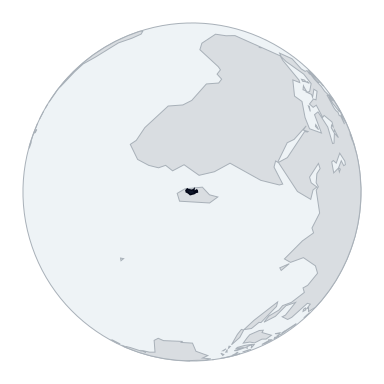 the Earth from above Menabe, rotated 74°
{"feature_id": "MDG-5878", "entity_name": "Menabe", "entity_type": "Autonomous Province", "adm_level": 1, "iso_a3": "MDG", "parent_name": "Madagascar", "parent_adm1": "", "projection": "orthographic", "projection_center": [45.071, -20.047], "detail": "fine", "context": "on_globe", "style": "filled", "palette": "ink", "viewbox_px": 384, "rotation_deg": 74, "n_neighbors": 0, "source": "natural_earth", "source_scale": "10m", "svg_char_len": 7605}
<svg xmlns="http://www.w3.org/2000/svg" viewBox="0 0 384 384"><g transform="rotate(74 192 192)"><circle cx="192" cy="192" r="169" fill="#eef3f6" stroke="#a8b0b8"/><path d="M23.1,197.7L23.9,195.0L26.2,197.4L27.6,207.1L28.4,221.7L35.7,247.6L38.9,261.3L44.1,271.7L54.3,289.0L55.6,291.8L59.8,296.8L64.3,302.4L66.2,304.7L57.8,294.7L50.3,284.0L43.6,272.7L37.8,261.0L32.9,248.9L29.0,236.4L26.0,223.7L24.1,210.7L23.1,197.7ZM67.8,306.5L70.7,309.6L71.2,310.1L67.8,306.5ZM73.4,312.3L74.0,312.9L79.8,318.3L73.4,312.3ZM83.2,321.3L86.8,324.1L94.5,329.9L97.2,331.6L98.0,332.3L100.3,333.9L102.4,335.2L102.4,335.3L92.6,328.6L83.2,321.3ZM103.3,335.8L103.0,335.5L98.1,332.3L100.3,333.1L104.3,335.9L103.4,335.9L103.3,335.8ZM91.8,326.8L88.9,324.1L89.6,324.3L91.7,326.3L91.8,326.8ZM181.2,23.4L187.5,23.3L184.0,23.6L178.2,23.8L181.6,24.2L182.2,23.9L185.1,23.9L188.5,23.4L190.7,23.4L190.3,23.1L193.3,23.1L193.5,23.3L201.2,23.3L208.0,23.8L208.7,23.9L208.4,23.8L214.6,24.6L217.1,24.9L221.8,25.7L222.0,25.8L223.4,26.0L223.8,26.1L235.5,28.7L247.1,32.3L258.3,36.6L269.2,41.7L279.8,47.6L289.8,54.3L299.4,61.6L308.4,69.6L316.9,78.2L324.7,87.4L325.2,88.1L332.0,97.4L336.8,105.1L339.1,113.0L335.4,111.9L336.0,114.2L332.4,109.2L330.8,111.8L340.0,130.7L340.9,135.2L336.8,139.7L336.1,136.1L326.7,122.9L327.2,133.0L334.5,146.1L337.0,158.7L332.4,152.3L329.5,141.1L326.2,136.2L325.5,126.9L319.5,111.7L314.8,111.7L313.6,106.5L304.7,93.7L297.0,93.7L285.8,103.0L286.8,116.7L281.8,121.6L269.4,99.3L264.8,86.4L259.7,86.6L247.4,75.1L224.5,72.1L221.8,69.1L217.3,70.1L208.8,66.9L204.8,62.4L199.4,62.6L210.1,74.9L216.0,74.9L221.6,70.6L223.4,75.1L231.8,79.9L220.6,90.5L187.4,100.8L185.2,90.8L165.0,67.1L166.1,64.5L166.1,64.2L165.9,63.7L163.1,68.0L159.9,64.0L169.6,79.4L170.9,86.9L187.0,101.4L185.2,103.1L190.7,106.3L209.4,102.6L209.3,106.1L199.8,122.6L174.8,147.5L178.7,164.9L177.9,180.6L163.6,192.1L166.3,204.8L159.1,210.0L159.5,217.5L154.5,226.2L145.7,235.3L129.2,238.2L127.0,231.3L117.1,219.6L102.8,191.2L105.8,176.8L103.9,167.0L92.1,148.4L94.6,136.3L91.7,132.4L85.6,135.4L82.4,131.0L78.8,132.2L57.4,145.2L51.7,141.5L46.8,125.9L51.2,116.2L53.5,107.6L85.4,69.7L90.6,68.4L113.9,58.3L116.5,58.3L112.0,64.2L128.1,67.0L135.3,61.3L151.6,62.8L163.6,61.6L171.0,51.3L151.4,52.9L149.7,48.8L166.9,43.6L184.2,43.5L184.2,42.0L174.6,38.9L180.1,36.3L171.5,37.9L173.9,39.1L168.6,40.4L166.1,39.4L168.1,38.3L163.3,38.1L154.8,43.9L156.3,45.8L142.8,48.6L144.0,52.2L139.8,54.8L136.1,49.6L137.6,47.4L129.6,44.0L126.8,46.5L134.2,50.0L131.2,50.2L127.5,54.4L128.0,51.3L120.7,47.6L109.5,52.1L92.5,65.6L86.5,69.0L82.7,69.5L91.5,59.1L103.9,53.0L107.2,50.0L107.0,48.0L110.8,46.6L112.2,45.3L117.1,43.4L126.3,38.6L131.6,36.8L137.4,33.4L140.9,32.3L136.5,34.5L136.3,35.4L149.8,32.5L153.1,31.4L155.7,29.7L159.1,29.4L160.0,28.1L168.8,26.7L158.7,27.6L161.6,26.4L168.1,25.1L167.2,25.0L156.6,27.3L154.0,28.2L154.7,28.5L146.0,32.1L140.9,33.5L143.1,31.1L136.1,33.2L140.9,31.1L154.6,27.2L167.8,24.8L181.2,23.4ZM72.7,85.4L71.3,88.0L72.7,85.4ZM201.6,49.4L212.7,50.5L209.4,44.7L213.4,44.8L210.9,43.1L209.1,44.4L203.1,39.9L208.5,38.9L208.0,37.0L204.3,36.6L195.4,39.3L204.0,45.4L200.7,47.5L201.6,49.4ZM115.2,41.7L116.1,41.4L113.1,43.2L106.4,46.7L110.7,44.1L115.2,41.7ZM118.2,40.8L122.2,38.2L126.6,36.3L123.4,37.7L125.9,36.8L121.5,38.8L121.7,40.2L119.1,41.9L108.1,46.7L113.1,44.0L111.9,44.2L118.2,40.8ZM120.6,55.6L122.8,55.2L126.5,54.2L124.3,57.1L120.6,55.6ZM115.4,53.0L117.5,52.1L116.1,55.1L113.8,55.7L115.4,53.0ZM119.9,49.3L117.8,51.8L117.6,50.8L119.9,49.3ZM138.6,33.8L141.1,33.1L140.9,33.4L139.0,34.3L138.6,33.8ZM167.0,53.2L162.9,55.3L161.3,54.5L163.1,53.9L167.0,53.2ZM142.0,55.6L147.2,56.1L141.3,56.4L142.0,55.6ZM237.2,276.1L238.5,279.2L235.8,278.9L237.2,276.1ZM207.4,178.1L197.4,206.5L189.2,206.6L187.0,198.0L190.2,180.7L199.5,176.0L203.9,168.6L207.4,178.1ZM352.1,202.5L353.3,205.4L353.1,206.1L352.1,202.5ZM351.0,197.7L352.6,200.3L350.4,198.9L351.0,197.7ZM353.2,201.4L354.8,202.4L355.5,202.3L355.2,203.7L353.2,201.4ZM349.7,196.1L341.4,187.6L337.7,182.4L339.0,180.4L345.0,186.2L349.7,196.1ZM338.6,180.0L332.4,167.7L321.3,140.0L325.3,142.3L336.5,161.7L335.8,163.6L339.6,172.5L338.6,180.0ZM352.2,177.7L351.4,184.4L347.2,179.0L345.1,175.8L343.7,165.4L344.5,161.6L346.4,163.4L351.6,155.1L353.8,161.3L352.7,165.4L354.3,173.5L352.2,177.7ZM287.7,118.2L292.0,127.9L289.1,128.5L287.7,118.2ZM352.2,147.8L351.1,151.3L351.6,145.5L352.2,147.8ZM351.5,141.6L352.4,144.9L350.9,140.7L351.5,141.6ZM337.4,118.2L335.5,117.2L334.7,115.0L336.7,115.1L337.4,118.2ZM340.5,111.9L343.2,117.7L343.8,119.3L341.6,114.9L340.5,111.9ZM312.2,309.4L318.3,302.9L316.4,305.9L312.1,310.1L312.2,309.4ZM323.5,298.1L321.7,300.3L320.7,300.7L323.3,297.4L322.2,298.2L324.5,294.2L331.2,284.3L329.9,285.1L333.7,280.5L330.6,283.6L334.3,276.9L335.8,271.7L324.2,269.3L323.3,264.8L327.0,260.4L332.9,242.6L333.6,243.9L337.4,233.2L346.2,232.1L353.6,221.9L354.5,227.7L357.6,219.9L357.3,226.0L355.2,233.5L352.3,245.2L353.9,240.4L349.6,252.8L344.4,264.9L338.3,276.5L331.3,287.6L323.5,298.1ZM354.9,208.7L357.0,206.2L357.6,207.5L354.9,208.7ZM358.8,218.7L359.0,217.8L359.1,217.0L358.8,218.7ZM360.2,208.1L360.4,201.3L360.5,196.7L360.8,196.7L360.4,190.0L360.9,193.1L360.7,201.7L360.7,200.9L360.2,208.1ZM360.0,208.0L360.0,208.8L359.7,210.2L360.0,208.0ZM359.0,192.5L358.9,194.3L358.6,191.7L359.0,192.5ZM359.5,192.9L360.1,198.4L359.3,194.2L359.5,192.9ZM355.3,176.5L355.8,181.8L357.4,181.9L356.2,183.7L356.8,193.1L356.2,195.2L355.7,185.2L354.7,192.7L353.9,191.3L354.0,183.5L355.0,176.3L355.8,174.2L358.4,178.2L355.3,176.5ZM359.7,187.5L359.4,181.5L359.5,178.8L359.9,182.4L359.7,187.5ZM357.8,166.9L356.0,159.0L355.2,159.1L356.2,155.5L357.8,163.6L357.8,166.9ZM355.1,152.7L354.5,152.7L354.7,150.2L355.1,152.7ZM353.9,150.4L353.0,146.4L353.9,148.4L353.9,150.4ZM355.7,153.9L354.5,147.9L355.7,152.4L355.7,153.9ZM350.6,137.5L353.9,146.8L350.9,140.0L347.2,128.0L348.3,129.5L350.6,137.5Z" fill="#d9dde1" stroke="#a8b0b8" stroke-width="1"/><path d="M187.8,195.7L188.1,195.6L188.3,195.6L188.5,195.6L188.6,195.4L188.7,195.0L188.8,194.5L189.0,194.1L189.3,193.7L189.4,193.3L189.5,193.2L189.5,193.3L189.5,193.2L189.7,192.9L189.8,192.8L190.0,192.4L190.2,192.1L190.3,192.0L190.3,191.9L190.4,191.7L190.3,191.4L190.2,191.4L190.1,191.2L190.2,190.9L190.2,190.7L190.3,190.5L190.4,190.3L190.3,190.1L190.2,190.0L190.1,189.8L190.0,189.7L189.8,189.3L190.0,189.4L190.3,189.4L190.4,189.5L190.5,189.7L190.8,189.7L191.0,189.7L191.2,189.8L191.3,189.8L191.5,189.8L191.5,189.7L191.8,189.6L192.0,189.7L192.0,189.4L191.9,189.4L191.9,189.2L192.0,189.2L191.9,189.1L191.9,188.9L191.8,188.7L191.8,188.4L191.7,188.2L191.6,187.9L191.5,187.5L191.5,187.4L191.4,187.4L191.3,187.1L191.4,186.9L191.5,186.8L191.7,186.7L191.8,186.7L192.0,186.6L192.3,186.6L192.5,186.6L192.9,186.8L193.0,186.8L193.3,186.9L193.5,186.8L193.6,187.0L193.6,187.6L193.5,187.8L193.4,187.8L193.3,188.0L193.2,188.1L193.2,188.3L193.3,188.5L193.2,188.6L193.3,188.7L193.3,188.8L193.4,189.0L193.5,189.0L193.6,189.3L193.7,189.5L193.8,189.6L194.0,189.6L194.1,189.8L194.1,190.0L194.0,190.3L194.0,190.5L194.2,190.9L194.2,191.0L194.1,191.3L194.0,191.5L193.9,191.7L194.0,191.8L194.1,192.0L194.0,192.3L194.0,192.5L194.1,192.9L194.1,193.0L194.1,193.3L194.1,193.5L194.1,193.8L194.1,194.0L194.0,194.3L194.0,194.5L193.7,194.7L193.4,194.7L193.0,195.1L192.4,195.3L192.2,195.7L192.0,195.9L191.7,195.8L191.5,195.7L191.1,195.6L191.0,195.9L191.0,196.7L190.7,197.1L190.4,197.3L190.1,197.3L189.9,197.2L189.9,197.3L189.7,197.2L189.4,197.3L189.2,197.4L189.1,197.5L188.9,197.4L188.7,197.2L188.5,196.9L188.5,196.7L188.4,196.7L188.3,196.4L188.2,196.3L188.2,196.2L188.0,195.9L187.9,195.9L187.8,195.7Z" fill="#0f172a" stroke="#020617" stroke-width="1.5"/></g></svg>